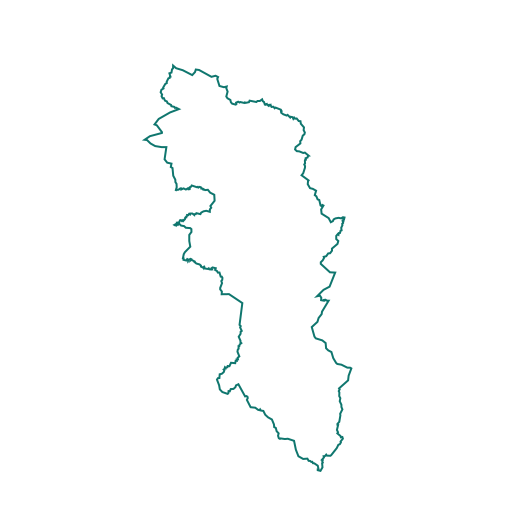 Gushegu, Northern, Ghana (orthographic projection), rotated 307°
{"feature_id": "2480657B56494255769768", "entity_name": "Gushegu", "entity_type": "district", "adm_level": 2, "iso_a3": "GHA", "parent_name": "Ghana", "parent_adm1": "Northern", "projection": "orthographic", "projection_center": [-0.233, 9.923], "detail": "fine", "context": "isolated", "style": "outline", "palette": "teal", "viewbox_px": 512, "rotation_deg": 307, "n_neighbors": 0, "source": "geoboundaries", "source_scale": "gbopen_adm2", "svg_char_len": 6128}
<svg xmlns="http://www.w3.org/2000/svg" viewBox="0 0 512 512"><g transform="rotate(307 256 256)"><path d="M362.1,96.2L360.3,85.7L357.9,79.2L358.2,75.2L356.0,76.8L354.5,76.6L351.6,78.1L349.8,76.9L347.8,79.7L347.4,79.3L346.3,79.9L345.2,79.1L341.4,79.8L340.4,80.7L338.8,80.0L334.6,80.5L334.1,81.3L331.9,80.4L329.4,81.3L328.4,83.9L326.8,84.4L325.7,86.6L326.6,87.4L325.3,89.8L325.8,91.8L324.9,93.3L325.5,97.3L324.7,98.3L325.9,100.9L325.5,102.2L326.3,102.8L326.9,106.0L319.0,101.0L306.9,95.8L300.0,95.8L300.7,98.1L298.3,106.4L297.6,106.8L287.9,99.2L281.8,97.1L283.0,99.2L282.4,104.1L283.1,109.3L286.1,115.0L289.0,118.9L278.2,124.8L277.1,128.9L278.9,132.9L275.8,134.4L276.0,136.4L270.3,141.6L268.4,145.6L266.5,147.2L265.8,149.1L263.2,151.3L259.6,152.6L261.0,152.5L260.9,153.5L261.2,153.0L262.3,154.2L264.5,154.9L265.0,155.6L264.2,156.3L266.4,157.5L266.9,160.0L269.2,160.9L268.6,161.9L269.5,162.8L271.2,161.8L272.1,162.4L273.6,162.2L275.4,167.5L276.2,167.9L276.0,168.8L277.3,169.4L277.7,170.7L276.9,171.8L277.6,172.5L277.3,173.7L277.8,173.7L278.0,175.7L279.9,177.7L279.0,181.3L279.8,185.8L275.2,189.7L268.5,189.5L267.6,191.2L265.5,191.1L263.5,192.5L262.2,189.1L260.1,187.2L257.6,186.1L256.0,186.4L254.3,182.6L253.2,182.7L252.2,181.5L251.6,181.9L251.6,179.6L250.3,177.9L249.5,178.3L249.3,177.2L247.9,177.3L247.4,176.5L246.6,177.6L246.7,176.9L245.5,176.5L244.9,177.1L244.0,176.4L242.7,177.1L240.2,176.8L240.6,176.0L239.3,175.7L239.5,174.4L238.8,173.8L236.6,174.4L235.0,172.7L234.3,173.2L231.7,172.1L231.8,173.0L232.6,173.0L233.4,173.7L233.1,174.1L233.9,174.1L234.0,174.8L234.6,174.6L235.5,175.7L235.2,177.8L236.6,180.6L236.3,182.9L238.7,186.7L238.6,188.2L236.3,190.0L232.7,190.0L227.8,193.7L223.9,197.9L216.2,196.9L214.0,197.2L210.2,199.0L210.5,199.6L209.3,200.4L210.4,203.0L212.2,202.9L212.3,203.8L211.3,204.7L212.7,204.6L214.4,205.5L214.5,206.4L213.5,206.6L214.1,206.8L214.7,210.3L214.2,210.4L214.1,212.9L215.3,216.0L215.2,217.8L214.4,218.4L214.8,220.7L215.3,220.7L214.8,221.8L215.8,221.7L215.3,222.3L215.7,223.6L216.8,225.5L217.7,225.7L217.3,226.8L218.4,228.6L218.8,229.0L219.4,227.8L220.7,228.2L222.0,231.2L220.3,231.7L220.5,234.0L219.8,235.5L220.8,236.8L218.3,240.2L218.9,241.1L218.3,242.4L216.6,243.4L215.1,243.4L213.9,245.2L209.0,246.6L207.8,247.5L207.1,250.1L204.8,251.6L209.3,257.4L210.2,273.4L191.1,284.3L190.8,286.0L189.4,286.3L187.6,289.7L186.3,289.3L184.6,290.5L181.1,290.8L178.9,294.7L177.8,295.4L177.6,296.7L175.5,296.2L174.0,296.9L173.5,296.3L171.5,297.9L170.3,297.8L168.4,298.8L165.8,303.1L163.7,302.6L162.6,303.8L161.8,302.8L160.8,303.8L160.1,302.8L157.9,303.9L155.7,300.3L152.0,301.1L151.1,299.6L149.9,300.1L149.0,299.2L148.2,299.4L148.4,298.2L146.7,298.8L145.9,298.5L145.7,299.5L143.9,300.1L141.4,299.6L139.7,298.2L136.5,300.2L135.5,299.1L133.8,299.2L130.6,304.3L127.7,307.4L127.1,311.0L128.8,316.3L129.7,316.5L131.6,315.4L132.2,316.5L134.5,315.9L136.3,318.0L138.9,318.5L140.6,317.9L143.0,319.1L137.3,331.8L138.3,332.5L138.5,333.8L137.6,334.9L135.6,335.3L132.0,342.7L134.4,346.7L134.4,350.3L135.0,351.6L136.0,351.6L135.5,352.9L136.7,355.1L134.8,358.9L134.4,362.7L135.0,367.1L132.3,371.7L130.3,373.5L130.6,375.3L128.5,377.9L128.0,380.8L125.7,381.8L124.2,383.9L124.4,385.2L125.1,385.4L127.2,389.2L129.2,391.4L131.3,397.6L125.3,404.4L121.6,410.4L122.3,415.8L125.1,419.0L124.1,421.3L124.9,422.6L124.8,424.1L125.5,424.8L124.8,426.2L125.5,427.3L125.7,431.5L123.1,434.6L122.6,433.8L122.1,434.2L123.2,436.8L127.2,436.3L130.3,433.5L131.2,433.7L132.0,432.4L133.0,432.2L132.8,431.3L136.0,431.5L136.8,430.5L137.7,431.5L139.6,431.6L139.2,432.7L141.2,435.6L142.1,435.9L151.2,436.1L154.8,435.4L156.1,436.2L158.2,436.0L158.7,435.2L162.4,435.3L163.4,433.9L162.3,432.9L163.1,431.8L163.3,427.7L164.6,427.6L165.8,425.3L170.4,423.3L170.1,422.8L170.8,422.1L173.7,422.3L179.5,419.3L180.6,418.2L185.5,417.3L186.8,415.1L188.6,413.7L190.4,410.3L193.2,408.9L194.2,406.8L197.2,404.7L197.9,403.4L199.8,403.1L200.2,402.0L212.1,404.4L216.2,402.0L223.6,399.8L223.5,398.5L221.8,396.1L220.6,389.6L218.7,385.9L218.8,384.4L220.9,379.2L224.7,374.0L224.1,370.5L224.5,367.5L228.4,364.0L228.5,359.7L226.2,353.3L226.8,351.2L232.8,343.3L240.4,344.7L244.2,343.3L249.1,343.4L251.3,342.2L264.0,340.9L263.0,339.5L262.9,337.8L262.3,337.2L262.1,337.8L261.3,337.4L259.9,334.6L262.0,333.2L262.8,330.9L260.6,329.0L269.6,330.3L275.8,333.2L290.4,329.2L287.5,324.9L288.7,312.5L290.0,311.5L292.7,311.9L295.5,311.5L296.1,310.6L298.1,312.2L301.5,312.1L302.8,313.5L306.0,313.5L307.6,312.2L314.7,313.8L317.5,312.7L317.8,309.9L320.3,308.0L322.6,308.1L322.6,309.1L324.1,308.3L325.0,309.2L327.1,308.3L328.0,308.9L329.8,307.1L332.6,306.5L333.5,305.5L334.7,305.7L335.8,304.5L335.9,305.1L336.7,304.8L338.0,303.3L338.4,304.2L340.0,303.5L339.3,302.1L337.3,301.3L336.2,299.0L333.8,296.8L332.0,296.0L330.1,296.4L328.0,295.4L330.0,291.2L329.3,282.9L332.4,280.0L336.9,279.5L336.7,278.3L335.3,278.5L335.2,277.1L338.8,272.8L338.3,271.1L340.0,268.3L340.0,266.3L344.3,264.7L343.8,260.9L342.7,258.3L344.5,254.1L347.1,252.5L348.0,252.5L347.9,243.8L350.5,243.9L355.9,242.0L357.3,241.1L358.2,239.4L359.4,239.5L361.5,237.7L362.6,237.3L363.0,237.8L364.0,236.8L365.7,237.9L367.2,237.3L367.8,237.8L368.0,232.8L366.7,231.7L365.6,227.6L364.3,225.5L364.6,223.1L366.8,222.1L372.6,223.7L374.3,222.2L376.3,222.4L380.3,220.9L382.3,221.4L384.0,220.7L385.2,218.3L387.6,216.9L388.6,212.2L390.4,210.4L389.5,208.9L390.3,205.7L389.2,204.6L389.5,203.3L388.0,203.3L388.9,201.7L387.9,199.6L387.2,199.8L387.7,196.3L386.6,195.9L385.6,192.5L385.6,189.9L386.7,188.8L387.2,189.1L387.8,187.8L386.3,182.3L385.2,182.0L385.7,180.1L384.4,178.7L385.2,177.0L384.4,176.3L385.2,176.2L384.6,175.5L383.6,175.7L383.7,173.6L383.0,173.0L383.6,172.8L382.4,171.7L383.8,169.7L383.7,168.3L384.8,166.6L382.1,165.8L380.7,163.9L379.2,163.6L376.2,157.4L374.6,157.8L372.0,155.5L372.0,154.7L371.2,154.6L369.5,150.8L368.7,150.5L368.5,148.9L366.5,147.8L365.6,148.9L364.7,148.7L363.3,145.3L363.7,143.4L365.2,141.6L364.8,138.3L365.5,136.3L370.2,134.4L372.2,131.2L373.7,130.6L371.5,128.8L369.8,124.5L374.1,118.5L376.1,118.0L375.6,115.2L372.3,112.6L370.3,98.6L368.7,95.7L366.2,96.6L362.1,96.2Z" fill="none" stroke="#0f766e" stroke-width="2"/></g></svg>